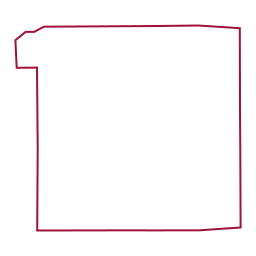 Monroe, Wisconsin, United States of America (orthographic projection)
{"feature_id": "52423323B24305345772996", "entity_name": "Monroe", "entity_type": "district", "adm_level": 2, "iso_a3": "USA", "parent_name": "United States of America", "parent_adm1": "Wisconsin", "projection": "orthographic", "projection_center": [-90.628, 43.943], "detail": "fine", "context": "isolated", "style": "outline", "palette": "rose", "viewbox_px": 256, "rotation_deg": 0, "n_neighbors": 0, "source": "geoboundaries", "source_scale": "gbopen_adm2", "svg_char_len": 325}
<svg xmlns="http://www.w3.org/2000/svg" viewBox="0 0 256 256"><path d="M239.8,28.2L198.2,25.5L158.5,26.0L43.9,26.7L34.2,31.9L25.6,31.9L15.4,40.2L16.7,67.8L37.0,67.6L37.7,148.6L37.2,230.5L140.4,230.3L148.0,230.4L199.6,230.3L240.6,227.5L240.3,150.9L240.0,110.0L239.8,28.2Z" fill="none" stroke="#9f1239" stroke-width="2"/></svg>